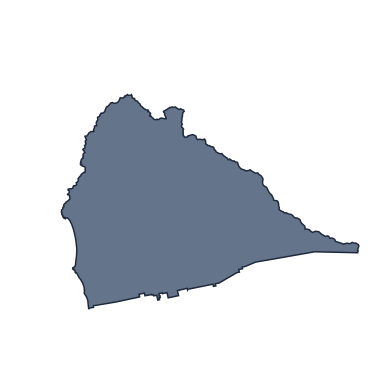 Nambucca Valley, New South Wales, Australia, rotated 160°
{"feature_id": "25037944B440592647056", "entity_name": "Nambucca Valley", "entity_type": "district", "adm_level": 2, "iso_a3": "AUS", "parent_name": "Australia", "parent_adm1": "New South Wales", "projection": "albers", "projection_center": [152.762, -30.708], "detail": "fine", "context": "isolated", "style": "filled", "palette": "slate", "viewbox_px": 384, "rotation_deg": 160, "n_neighbors": 0, "source": "geoboundaries", "source_scale": "gbopen_adm2", "svg_char_len": 6091}
<svg xmlns="http://www.w3.org/2000/svg" viewBox="0 0 384 384"><g transform="rotate(160 192 192)"><path d="M53.6,84.6L53.7,85.5L55.4,87.8L56.0,88.2L57.2,88.5L58.4,89.7L59.1,89.8L60.7,89.4L61.8,89.6L63.1,90.5L64.7,91.1L66.9,91.1L68.4,91.9L69.7,93.2L73.9,96.4L74.1,96.9L74.0,98.1L74.4,99.1L76.1,100.9L77.8,101.1L78.2,101.3L78.5,102.9L79.3,104.2L80.0,104.5L81.4,104.5L82.0,104.8L84.7,108.1L86.4,111.2L89.2,112.8L92.6,112.8L94.4,115.5L94.5,116.3L94.8,116.6L97.2,118.1L98.4,118.5L97.7,121.4L99.4,124.5L99.9,126.0L100.1,127.6L100.0,129.0L100.2,129.5L101.9,131.4L103.1,132.0L104.4,132.9L104.8,133.5L105.3,135.1L106.2,136.7L107.9,137.9L108.7,138.2L110.5,140.2L112.5,140.7L113.0,142.2L114.2,143.1L115.8,145.1L116.1,146.1L115.3,147.7L115.4,149.2L114.7,151.0L114.5,153.4L115.1,154.7L117.3,155.8L118.1,156.7L117.7,158.1L118.0,159.3L117.9,160.5L118.2,161.2L118.2,162.2L119.0,163.3L119.7,165.1L120.3,170.6L120.7,171.4L121.9,172.7L122.8,174.2L122.7,176.0L121.9,178.1L121.1,179.2L120.8,180.3L121.5,183.4L122.0,184.3L123.1,185.5L123.5,187.2L124.0,187.6L125.1,187.6L126.1,188.2L128.9,191.5L129.7,193.0L131.7,192.8L134.1,193.4L135.5,195.0L137.4,196.4L138.2,197.4L138.8,198.7L139.2,200.3L139.3,201.9L139.1,203.7L139.3,204.5L141.1,205.4L141.7,206.8L142.5,206.9L143.3,207.4L143.9,208.0L145.3,210.1L146.4,209.7L146.9,209.9L147.1,210.4L147.1,211.3L147.7,212.4L148.6,213.2L148.8,213.8L150.1,215.7L150.7,217.9L151.8,218.0L152.4,218.2L154.2,219.8L155.7,221.6L155.6,222.4L156.1,223.8L156.6,224.2L156.3,226.6L157.4,227.6L158.0,227.7L158.6,228.2L159.6,229.4L161.4,230.5L161.4,230.9L162.0,231.5L162.3,232.4L162.6,232.5L161.7,235.9L162.0,236.3L161.9,237.0L162.2,237.5L164.5,237.6L166.6,239.0L168.9,239.3L169.5,241.2L169.2,243.1L169.8,243.9L171.3,245.4L172.1,245.8L176.6,246.1L177.3,245.6L178.1,245.4L178.6,245.4L180.2,246.3L180.8,248.2L180.2,250.5L179.8,251.0L179.9,251.7L179.5,252.1L179.4,253.4L178.9,253.5L178.4,253.9L178.8,255.3L179.5,256.4L179.4,257.6L179.1,257.7L178.7,258.6L177.9,259.1L178.1,261.5L177.4,262.1L176.4,264.1L176.5,264.8L175.3,265.9L175.0,266.8L173.5,269.6L172.4,270.2L171.8,270.4L171.8,271.5L172.0,272.0L173.6,273.2L174.2,274.1L175.3,273.9L176.0,274.2L177.2,275.4L177.7,276.4L178.7,277.7L180.3,277.8L181.6,278.8L183.0,278.6L184.2,279.1L184.8,278.7L185.8,278.7L186.9,278.1L190.6,277.7L191.2,277.5L191.3,276.6L190.7,275.4L191.3,274.2L191.1,273.2L191.2,271.9L191.0,270.4L191.2,269.7L193.4,270.6L195.5,272.0L196.9,272.0L197.8,271.6L198.8,271.5L199.8,272.3L201.1,272.3L202.2,272.8L202.9,273.4L203.4,274.7L203.9,275.2L204.0,275.8L204.6,277.0L204.6,277.5L205.8,277.9L204.0,280.0L204.9,281.8L205.8,282.6L205.1,283.2L205.1,283.7L205.5,284.2L206.7,284.7L208.2,286.1L209.9,289.3L210.4,289.8L210.6,291.1L210.8,291.3L210.8,292.4L211.3,293.5L211.8,294.0L212.2,296.0L213.5,296.8L214.2,298.2L214.4,299.0L214.0,299.5L214.4,299.8L215.2,299.9L215.4,300.2L215.7,301.7L216.0,302.0L215.5,303.0L215.6,304.1L216.1,303.9L218.3,304.4L219.2,305.1L219.4,305.7L221.1,305.0L221.8,305.3L222.4,305.1L222.7,304.9L222.7,304.3L223.6,304.3L225.0,303.8L226.7,305.0L227.2,305.1L229.6,302.5L230.9,301.8L232.7,301.5L234.6,301.8L235.1,302.1L236.2,303.3L237.8,303.5L240.9,301.6L243.6,301.0L244.4,299.8L245.1,299.3L246.2,297.8L246.9,297.3L248.7,296.6L250.5,297.2L251.4,296.3L252.3,295.9L253.0,294.6L254.5,294.7L255.3,294.3L255.5,293.8L255.6,292.5L255.9,291.9L257.7,290.7L258.6,289.1L258.6,287.6L259.1,287.0L260.4,287.4L261.2,287.0L261.9,285.5L263.3,284.1L263.5,282.5L266.6,283.3L268.8,282.7L270.1,281.5L271.8,280.6L273.5,281.0L273.6,280.5L273.5,278.9L273.2,277.5L273.6,276.9L274.6,276.6L275.0,275.7L274.9,275.2L275.4,274.8L275.1,274.1L275.2,273.5L275.9,273.1L276.3,272.6L276.8,272.5L277.2,272.2L277.0,271.7L277.2,270.4L277.4,270.2L278.2,269.8L279.1,269.8L280.0,269.3L279.6,267.6L279.3,267.4L279.2,265.7L280.5,265.4L281.3,264.7L281.8,264.1L282.1,262.2L282.6,262.2L282.9,261.0L284.2,260.8L285.2,260.0L285.3,259.4L285.7,259.2L286.4,258.2L286.2,257.6L286.9,257.3L287.1,257.0L287.4,255.6L286.2,255.4L286.4,254.2L284.1,252.2L284.0,251.1L285.0,249.3L285.0,248.6L285.7,247.1L286.1,246.9L286.7,247.4L287.2,247.5L288.1,247.0L289.5,246.7L290.2,246.3L291.0,245.3L291.9,245.1L294.3,243.6L294.7,243.2L294.7,242.1L295.1,241.4L296.3,240.4L297.6,240.4L297.9,238.4L298.3,238.0L299.3,237.9L301.0,238.4L301.9,237.7L302.5,236.5L303.4,236.3L304.3,236.3L306.5,237.0L307.6,236.9L307.8,236.3L307.1,235.2L307.2,234.1L307.9,233.0L309.4,232.6L309.8,232.2L309.6,231.8L308.7,231.3L308.4,230.3L308.7,229.4L308.5,228.6L309.6,226.7L310.3,226.7L312.9,225.7L313.6,225.7L314.3,224.8L315.3,224.8L316.0,224.4L317.2,223.5L317.4,222.0L318.6,221.7L319.3,220.3L320.7,219.6L321.6,217.9L321.6,217.4L321.2,217.0L321.2,216.5L322.0,215.7L322.0,214.9L321.5,214.5L321.4,214.2L321.9,212.8L321.2,212.4L321.4,212.1L321.4,211.9L321.1,212.1L320.6,211.8L320.4,211.2L320.6,211.1L320.4,210.8L320.6,210.6L320.2,210.1L319.2,210.8L318.0,210.2L317.2,209.0L316.6,207.1L316.1,203.1L316.2,196.8L316.8,191.6L317.6,186.6L319.4,179.2L320.3,176.5L321.8,172.7L326.5,163.3L326.7,162.6L329.3,161.5L329.5,161.2L329.9,161.5L330.3,160.8L330.2,160.6L330.4,160.5L330.1,159.8L329.8,160.1L329.4,159.9L329.3,159.3L329.1,159.2L328.9,158.6L329.0,158.3L328.9,157.5L329.2,156.9L328.9,156.8L328.9,155.8L328.6,155.9L328.2,155.5L327.8,153.6L327.3,149.8L326.6,148.0L325.9,143.9L325.9,139.9L326.4,137.6L326.7,137.0L326.5,136.3L326.8,136.2L327.9,133.7L327.0,129.2L327.0,125.9L329.0,117.8L328.3,117.6L328.1,118.0L324.1,117.3L324.1,117.9L323.3,118.8L300.7,114.6L277.1,111.3L276.7,114.1L271.3,113.2L271.7,110.6L265.4,109.5L265.2,109.7L264.9,109.0L263.9,109.0L263.6,108.8L263.5,108.2L263.8,108.1L263.5,107.5L260.4,107.0L261.2,102.2L259.4,101.9L259.1,103.8L258.0,103.6L257.6,105.5L258.2,105.6L257.8,107.9L254.4,107.3L254.5,106.6L249.9,105.9L250.6,100.7L240.1,99.2L239.4,104.4L237.3,104.2L237.2,103.9L236.9,104.1L229.5,103.1L229.7,101.4L229.0,102.0L203.8,98.2L204.1,96.0L201.8,95.6L201.4,97.8L197.8,97.2L177.4,100.9L174.9,100.5L174.6,103.2L170.8,102.6L170.6,104.3L167.3,103.8L156.4,104.4L97.3,93.9L57.2,78.3L57.2,78.6L56.1,79.6L56.5,80.2L55.6,81.6L55.5,82.0L54.1,83.6L53.6,84.6Z" fill="#64748b" stroke="#1e293b" stroke-width="1.5"/></g></svg>